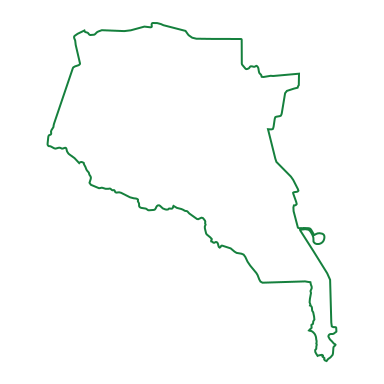 SVG path tracing the border of Ahal
{"feature_id": "TKM-352", "entity_name": "Ahal", "entity_type": "Province", "adm_level": 1, "iso_a3": "TKM", "parent_name": "Turkmenistan", "parent_adm1": "", "projection": "orthographic", "projection_center": [59.653, 37.88], "detail": "fine", "context": "isolated", "style": "outline", "palette": "green", "viewbox_px": 384, "rotation_deg": 0, "n_neighbors": 0, "source": "natural_earth", "source_scale": "10m", "svg_char_len": 5930}
<svg xmlns="http://www.w3.org/2000/svg" viewBox="0 0 384 384"><path d="M323.2,357.2L322.5,356.6L323.0,355.8L323.0,355.6L322.5,355.1L322.0,354.9L321.5,354.9L318.4,355.5L317.6,355.9L316.2,353.7L315.3,352.0L315.2,350.1L315.4,349.7L316.2,348.9L316.3,348.3L316.3,347.1L316.3,346.7L316.7,344.9L316.7,344.2L316.3,343.7L316.6,342.1L316.6,340.9L316.3,339.8L316.0,337.2L315.6,335.9L315.1,334.7L314.5,333.7L313.5,332.6L312.5,331.7L311.3,331.0L309.8,330.8L309.0,330.5L309.7,329.6L310.9,328.6L311.6,327.8L311.6,327.2L311.4,325.7L311.5,324.8L311.9,324.5L312.4,324.3L312.9,323.9L313.1,323.1L313.2,321.7L313.4,321.1L313.7,320.6L314.3,319.7L314.4,319.3L314.3,318.9L314.1,316.7L313.2,312.3L312.3,310.9L312.1,310.2L312.0,308.5L311.9,307.7L311.7,307.0L311.4,306.5L311.1,306.1L310.6,305.7L310.0,305.5L310.2,305.0L310.4,304.5L309.6,302.4L309.9,298.9L311.0,293.0L310.7,291.9L310.5,291.1L310.8,290.3L311.1,289.7L311.4,289.0L311.7,288.2L311.7,287.3L311.6,286.4L310.9,284.7L310.4,282.2L308.0,281.9L305.1,281.4L262.5,282.7L260.5,281.6L259.3,279.5L257.6,275.1L256.4,273.1L250.2,265.6L247.5,261.6L245.3,256.9L243.6,254.6L241.4,253.7L236.6,252.9L234.5,251.6L230.7,248.4L222.4,245.7L221.8,245.6L221.2,245.9L220.5,247.0L220.1,247.4L219.6,247.6L218.8,246.9L218.4,245.7L218.1,244.4L217.7,243.2L216.8,242.2L215.9,242.0L214.1,242.8L213.6,242.7L213.1,242.5L212.3,241.7L211.3,241.5L211.1,241.0L211.4,239.9L211.7,239.4L211.8,239.1L211.4,238.6L210.3,237.4L206.7,234.4L206.1,233.4L204.9,228.4L204.8,226.8L205.0,226.0L205.6,224.7L205.4,224.1L205.1,223.3L205.3,221.7L205.0,220.7L203.9,219.2L202.8,218.0L201.4,217.7L198.2,219.2L197.0,219.0L189.3,213.5L187.5,211.5L186.8,211.1L185.2,210.9L184.4,210.6L183.6,210.0L181.3,209.0L176.9,207.9L173.5,205.9L173.2,206.4L173.0,207.5L172.2,208.5L171.6,208.7L171.0,208.7L169.8,208.5L169.2,208.5L168.7,208.8L168.4,209.2L167.9,209.5L166.6,209.6L165.3,209.4L162.8,208.4L160.0,205.8L159.0,205.3L157.9,205.4L157.0,206.0L156.3,207.0L155.8,208.2L155.0,209.4L154.0,209.9L148.8,210.3L148.0,210.1L146.5,209.0L145.8,208.6L141.3,207.9L140.3,207.5L139.4,206.7L139.1,205.9L139.1,204.8L139.0,203.5L138.8,203.0L137.9,201.3L137.9,200.7L138.0,200.2L138.0,199.7L137.6,199.2L136.6,198.7L135.7,198.5L133.8,198.3L130.0,197.3L121.1,192.8L119.1,192.3L116.3,192.6L115.4,192.2L115.1,191.7L114.6,190.6L114.2,190.2L113.8,190.1L112.8,190.3L112.3,190.2L111.6,189.8L110.9,189.1L110.1,188.6L109.3,188.6L108.4,188.8L105.6,188.8L102.7,187.9L101.8,187.7L100.8,187.9L99.9,188.1L99.0,188.2L90.9,184.8L89.5,182.8L90.7,179.0L90.9,177.8L90.6,176.5L89.4,174.7L88.8,172.6L87.0,170.5L86.4,169.5L85.4,166.9L84.2,164.7L83.9,164.0L83.9,163.5L83.8,163.0L83.2,162.6L82.0,162.1L81.3,162.0L80.7,162.1L79.7,162.5L79.2,163.1L74.5,158.1L69.1,154.2L68.3,153.4L67.1,151.5L66.9,150.9L66.3,148.5L65.9,148.0L65.5,147.8L64.6,147.9L63.0,148.5L62.4,148.6L61.9,148.6L60.4,147.9L59.6,147.7L58.5,147.8L55.6,148.6L54.9,148.5L54.0,148.2L50.9,146.5L50.0,146.2L48.7,146.1L48.1,145.6L47.8,145.1L47.6,144.6L47.6,143.5L48.3,136.8L48.5,136.2L48.7,135.7L49.1,135.2L50.6,134.6L50.9,134.3L51.1,133.9L51.2,133.2L51.0,131.6L51.2,131.0L51.4,130.3L53.4,127.1L53.5,126.6L53.6,125.5L54.0,123.8L72.8,68.3L73.2,67.5L73.6,67.2L75.0,66.4L78.6,65.2L79.2,64.8L79.7,64.3L80.0,63.8L79.9,63.0L75.7,44.9L75.2,40.6L75.0,40.0L74.4,38.7L74.1,37.6L74.1,37.0L74.2,36.5L74.6,35.9L77.6,33.8L84.4,30.5L84.7,31.4L85.1,31.9L85.5,32.1L87.5,32.7L88.1,33.1L89.1,34.4L89.4,34.6L90.1,35.0L90.6,35.0L94.1,34.7L94.5,34.5L94.9,34.3L97.0,32.2L98.3,31.5L101.8,30.2L124.3,31.1L130.8,30.3L144.4,26.6L150.4,27.3L151.4,27.1L151.7,26.8L151.8,26.4L151.6,24.6L151.7,24.2L151.8,23.8L152.0,23.5L152.2,23.2L152.5,23.1L152.9,23.0L157.3,23.1L161.0,24.1L163.4,25.2L185.5,30.9L188.2,34.7L188.9,35.4L192.2,37.7L196.3,38.7L210.3,38.9L240.6,39.0L241.3,39.1L241.6,39.4L241.7,40.2L241.8,63.5L242.0,64.4L242.4,65.0L245.6,68.8L246.0,69.0L246.4,69.1L247.5,68.9L248.8,68.3L249.3,67.8L250.0,66.8L250.5,66.4L251.1,66.3L251.8,66.3L253.4,66.7L254.1,66.8L254.7,66.7L256.2,65.9L256.6,65.9L257.1,66.2L257.7,66.9L258.2,67.8L258.4,68.5L258.8,71.0L259.2,72.7L259.4,73.0L259.9,73.7L260.5,74.2L261.0,74.8L261.2,75.1L261.6,76.5L261.7,76.8L263.5,77.0L270.7,75.8L273.1,76.0L299.0,73.7L298.8,85.1L298.1,86.2L297.6,87.7L294.0,88.6L286.9,90.9L285.1,93.2L281.8,113.1L281.5,114.3L280.9,115.6L279.9,116.1L276.4,116.7L275.4,117.1L275.0,118.0L274.7,119.1L273.6,126.6L273.3,127.8L272.8,129.0L271.9,129.3L271.0,129.4L268.0,129.2L275.3,158.6L276.4,161.9L290.9,176.6L293.2,179.9L297.9,189.1L298.4,190.7L297.8,191.4L296.9,191.8L294.5,192.1L293.5,192.4L293.1,192.8L293.3,193.8L296.2,201.9L296.7,204.0L296.1,204.8L295.2,205.3L293.9,205.4L293.4,207.5L293.6,211.2L297.9,227.6L298.5,228.0L299.3,228.2L301.1,228.1L302.4,228.2L303.5,228.0L308.6,228.2L309.5,228.4L310.2,228.7L310.5,229.0L311.1,229.7L314.1,234.9L314.3,235.0L315.9,234.1L317.6,233.4L319.6,233.2L322.2,233.7L323.1,234.2L323.7,234.7L324.0,235.2L324.3,235.9L324.4,236.7L324.4,237.7L324.2,238.9L323.8,240.1L323.3,241.1L322.5,242.1L322.2,242.4L320.7,243.4L319.3,243.9L318.5,244.0L317.7,244.0L316.8,244.0L316.0,243.8L314.9,243.3L314.4,242.8L313.8,242.1L313.5,241.6L313.4,238.0L313.0,236.4L312.3,234.7L310.9,232.2L310.1,231.1L309.0,230.0L308.1,229.6L305.5,229.2L304.7,229.2L303.5,229.4L300.9,229.6L300.5,229.7L300.1,229.9L300.2,230.4L313.4,251.1L327.2,273.3L330.1,279.8L331.3,322.7L331.8,326.4L332.5,326.7L333.1,327.1L335.7,327.2L336.2,327.8L336.4,331.3L336.3,331.7L335.3,332.5L334.7,332.8L334.0,333.5L333.4,333.8L332.6,334.0L330.8,334.0L329.7,334.3L329.3,334.6L328.9,335.0L328.5,335.8L328.4,336.4L328.5,336.8L329.5,338.7L329.9,339.3L330.8,340.3L331.6,341.0L333.9,343.6L334.9,344.1L335.5,344.7L335.4,345.0L335.3,345.3L334.0,346.5L333.6,347.0L333.5,347.4L333.4,347.8L333.0,353.2L332.8,354.2L332.6,354.9L330.8,357.0L330.3,357.5L328.3,358.9L327.8,359.4L327.1,360.3L326.6,361.0L326.2,360.8L325.5,360.7L325.0,360.4L324.6,360.0L324.2,359.4L324.2,359.2L324.4,358.4L324.4,358.1L323.4,357.2L323.2,357.2Z" fill="none" stroke="#15803d" stroke-width="2"/></svg>